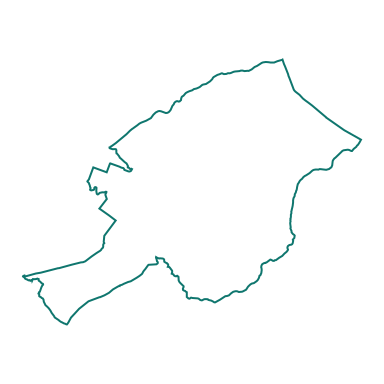 the district of Curtea, Timis, Romania
{"feature_id": "2599482B40469998650222", "entity_name": "Curtea", "entity_type": "district", "adm_level": 2, "iso_a3": "ROU", "parent_name": "Romania", "parent_adm1": "Timis", "projection": "albers", "projection_center": [22.328, 45.846], "detail": "fine", "context": "isolated", "style": "outline", "palette": "teal", "viewbox_px": 384, "rotation_deg": 0, "n_neighbors": 0, "source": "geoboundaries", "source_scale": "gbopen_adm2", "svg_char_len": 5953}
<svg xmlns="http://www.w3.org/2000/svg" viewBox="0 0 384 384"><path d="M260.4,275.2L261.3,273.1L261.7,270.1L261.5,268.1L261.2,267.3L261.4,265.9L262.0,264.5L262.5,264.0L264.1,263.1L265.2,263.0L265.2,262.8L266.6,262.4L270.3,259.6L271.1,259.8L273.1,260.9L274.0,260.9L274.6,260.3L276.0,260.1L279.1,257.8L282.3,255.9L284.4,253.6L286.5,251.9L287.7,250.4L288.0,249.6L287.5,248.3L287.4,247.5L287.7,246.5L288.1,245.9L289.4,245.0L291.5,244.6L292.2,244.1L292.7,243.2L293.2,240.7L293.1,240.3L292.8,239.8L293.0,239.4L294.3,238.0L294.7,235.6L294.3,235.0L293.0,234.1L291.6,232.4L291.5,231.0L290.4,228.4L290.7,227.3L290.2,223.5L290.3,222.2L290.6,221.1L290.4,220.8L290.3,220.0L290.6,219.2L290.4,218.6L290.7,218.1L290.9,216.6L290.9,214.6L291.4,213.2L291.3,211.3L291.6,210.8L291.7,209.9L292.4,207.1L292.7,205.6L293.1,202.3L293.1,200.3L293.5,198.2L294.6,196.2L294.7,195.6L294.8,194.2L295.4,193.2L295.9,192.1L296.1,191.0L296.6,190.0L296.9,188.6L297.1,187.1L297.8,184.1L298.3,183.5L299.8,180.9L300.7,179.9L302.2,178.7L303.1,177.4L304.6,176.1L306.0,175.4L309.6,173.1L312.1,170.8L313.0,170.2L314.0,169.8L315.9,169.5L318.5,169.6L319.5,169.1L320.3,169.1L326.2,169.8L329.1,169.0L330.7,167.7L331.3,167.4L332.2,165.4L332.6,161.8L332.8,160.7L333.2,160.0L334.3,158.5L335.4,157.7L341.1,152.2L341.8,151.5L342.4,150.9L343.6,150.3L347.0,149.8L347.9,149.7L349.2,150.0L351.3,151.0L352.0,151.0L353.7,148.9L356.3,146.8L357.0,145.6L358.0,144.8L359.6,142.3L361.0,139.7L344.2,130.2L326.1,117.5L326.1,117.3L312.1,105.5L308.3,102.6L305.4,100.5L303.0,98.6L299.5,94.8L295.5,91.7L294.6,90.8L293.8,89.7L289.4,78.0L288.5,75.9L288.1,74.2L285.0,66.3L284.0,64.1L282.5,59.6L282.2,59.8L277.4,61.2L274.2,62.5L270.4,62.5L268.5,62.2L265.8,62.0L263.0,62.4L261.7,62.9L257.1,65.9L254.6,67.0L251.7,69.4L248.7,70.9L247.7,70.8L244.5,71.1L242.6,70.6L240.9,70.6L239.4,71.1L235.0,71.5L233.6,71.8L230.8,73.0L229.6,73.3L228.0,73.2L226.4,73.9L225.6,74.0L223.9,74.1L222.0,73.3L221.4,73.4L219.6,74.2L217.4,74.9L213.6,77.1L212.9,77.9L212.2,79.2L210.1,81.3L206.0,84.0L203.4,84.5L202.5,84.8L202.0,85.1L199.9,86.9L198.8,87.5L196.5,88.5L193.9,89.1L192.2,90.3L189.4,91.2L187.2,92.2L185.7,93.1L184.1,95.0L183.5,95.7L182.2,96.5L181.6,97.2L181.1,98.9L181.1,99.3L181.0,100.1L179.6,101.4L178.7,101.6L177.6,101.2L176.7,101.2L175.6,101.7L174.9,102.3L174.4,102.8L173.7,104.4L172.4,105.9L170.7,109.8L170.2,110.5L169.0,111.9L168.3,112.4L167.1,112.9L165.8,113.0L161.1,111.3L159.5,111.0L158.2,111.2L155.7,112.5L153.4,114.7L150.9,118.1L146.2,120.7L141.3,122.6L139.4,123.6L137.3,125.3L131.7,129.3L129.9,130.8L126.6,134.1L115.8,143.1L111.5,146.2L110.5,146.7L110.3,147.4L109.5,147.5L109.5,147.9L109.7,148.2L111.3,148.8L112.7,149.2L115.3,149.1L116.1,149.4L116.4,150.6L116.3,151.5L116.5,153.4L117.1,153.7L119.3,156.5L119.7,157.6L120.8,158.5L124.7,162.1L126.6,163.5L127.0,164.4L127.8,165.6L127.9,166.5L127.7,167.0L127.8,167.4L128.4,167.4L129.2,168.1L129.7,168.8L130.8,169.0L131.2,168.7L132.0,169.1L131.2,170.6L130.7,171.1L129.6,171.5L128.4,171.4L124.4,169.9L124.1,169.0L123.4,168.1L121.3,167.6L119.5,166.7L110.3,163.4L110.0,163.5L106.7,172.3L93.3,167.4L88.9,179.4L87.4,181.3L87.4,181.5L89.0,183.2L89.3,184.5L89.7,185.1L90.1,187.0L90.5,187.7L90.5,188.5L90.1,189.5L90.2,189.9L90.4,190.1L91.3,190.4L93.6,189.9L94.1,189.5L94.4,187.7L94.8,187.3L95.2,187.1L95.8,187.2L96.4,187.6L96.5,187.9L96.3,190.9L96.6,192.9L96.8,193.8L97.5,194.4L97.9,194.4L98.5,194.1L99.6,192.9L102.3,192.3L104.2,192.4L105.9,191.7L106.4,191.9L106.3,192.7L105.6,193.8L105.4,194.9L106.8,199.0L99.4,208.6L109.0,215.4L115.7,220.5L104.3,235.8L103.7,242.0L104.3,243.1L103.6,243.8L103.2,244.8L103.2,246.7L102.9,247.7L101.7,248.8L101.1,249.9L100.1,250.8L96.6,253.0L91.7,256.4L85.3,261.3L83.1,262.2L80.9,262.4L71.7,264.7L58.9,268.2L58.1,268.2L40.7,272.7L35.9,273.5L24.7,276.6L24.7,275.8L24.6,275.6L23.9,276.1L23.6,275.8L23.3,275.9L23.0,276.4L23.2,276.7L24.4,277.4L25.0,278.5L25.4,278.8L26.6,279.4L27.3,279.5L28.0,280.1L28.9,280.4L29.6,280.1L30.1,280.3L30.4,280.8L31.2,280.6L31.7,280.0L32.1,280.1L32.2,280.6L32.9,279.1L34.9,279.2L36.3,279.0L37.3,278.6L38.6,279.1L38.5,279.5L38.7,279.9L38.6,280.2L38.8,280.7L40.4,281.8L41.2,282.8L42.3,283.6L42.9,283.8L43.1,284.3L43.1,284.7L42.4,285.3L41.4,287.3L39.8,291.8L39.1,292.1L38.5,293.6L39.2,294.0L39.2,296.1L39.7,296.6L40.7,297.0L41.7,298.0L42.7,298.4L43.5,299.6L43.8,301.7L45.5,305.2L46.8,306.3L48.7,308.2L50.4,310.5L51.6,312.8L54.3,316.4L54.5,317.1L54.8,317.5L58.7,320.1L59.5,320.9L61.5,322.2L62.0,322.3L63.9,323.4L64.8,323.6L66.4,324.4L67.0,324.4L68.3,322.6L71.0,317.6L77.1,311.0L79.1,308.8L88.5,301.3L99.5,297.2L100.0,297.2L104.5,295.3L109.0,292.8L113.0,289.4L117.8,286.6L119.2,285.9L119.6,286.0L119.7,285.5L119.9,285.4L122.2,284.7L123.6,283.9L128.1,282.0L130.7,281.3L136.6,277.8L139.5,275.9L141.8,274.1L142.3,273.5L143.1,271.9L143.9,270.7L145.2,269.2L148.1,265.2L148.6,264.8L156.4,264.3L157.5,263.5L157.8,263.0L157.8,262.5L157.7,262.0L157.0,261.2L156.5,259.0L156.0,257.7L156.1,257.1L157.4,257.9L159.2,258.5L159.9,258.3L162.4,258.5L163.0,258.6L164.1,259.4L164.3,261.7L165.6,262.6L167.0,263.2L167.1,263.6L167.9,264.1L168.2,264.8L168.2,265.7L167.8,266.8L169.2,267.0L169.8,267.6L172.1,270.7L172.2,272.1L171.7,273.7L173.4,274.4L174.0,275.5L175.2,276.2L176.2,276.3L177.0,275.8L177.4,275.8L177.7,276.3L178.4,276.7L178.5,277.0L178.7,280.6L179.1,281.3L179.5,282.1L180.6,283.3L183.6,286.2L183.6,287.0L182.9,288.6L183.0,289.9L183.8,290.5L185.2,291.0L185.7,291.6L186.8,292.2L186.8,297.0L188.4,298.4L189.3,298.7L189.6,298.7L190.9,297.7L191.3,297.7L192.4,298.0L197.8,298.4L198.7,298.7L200.1,299.9L201.3,300.3L202.1,300.3L204.0,299.3L205.0,299.1L207.4,299.2L207.9,299.3L208.3,299.9L211.3,300.6L213.2,301.6L214.2,302.3L215.1,302.4L220.0,299.7L225.3,296.2L227.0,296.0L228.9,295.4L231.1,293.3L233.2,291.8L235.1,291.3L236.1,291.2L237.2,291.3L238.9,292.0L242.1,291.7L242.9,291.4L246.1,289.7L248.1,286.6L250.3,284.5L251.7,283.6L253.9,283.1L256.6,281.2L257.3,280.5L257.9,279.8L259.0,277.7L259.5,275.7L260.4,275.2Z" fill="none" stroke="#0f766e" stroke-width="2"/></svg>